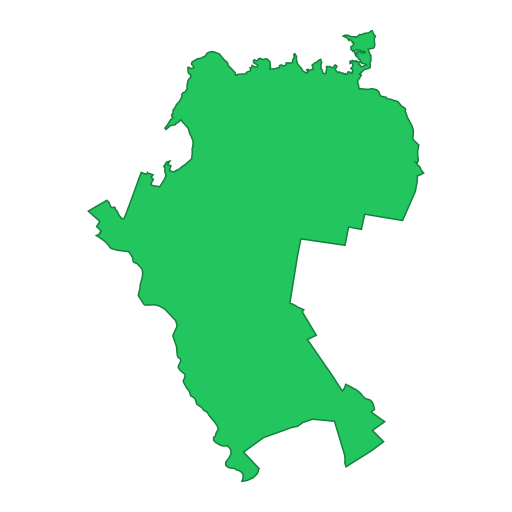 outline of Valea Calugareasca, Prahova, Romania
{"feature_id": "2599482B81311805596986", "entity_name": "Valea Calugareasca", "entity_type": "district", "adm_level": 2, "iso_a3": "ROU", "parent_name": "Romania", "parent_adm1": "Prahova", "projection": "equal_earth", "projection_center": [26.171, 44.946], "detail": "fine", "context": "isolated", "style": "filled", "palette": "green", "viewbox_px": 512, "rotation_deg": 0, "n_neighbors": 0, "source": "geoboundaries", "source_scale": "gbopen_adm2", "svg_char_len": 5876}
<svg xmlns="http://www.w3.org/2000/svg" viewBox="0 0 512 512"><path d="M241.9,481.3L247.4,480.4L251.2,478.6L251.7,478.0L252.5,478.3L256.7,474.4L258.3,471.5L258.3,469.3L259.2,468.7L243.6,452.1L263.6,437.6L291.9,427.4L297.5,426.4L302.9,422.5L312.6,419.2L334.5,421.3L344.7,455.2L345.0,458.8L344.9,463.2L346.0,466.8L371.9,450.5L383.6,441.7L372.4,430.4L384.7,421.7L371.2,412.1L374.5,409.4L373.6,405.5L372.5,402.5L370.1,400.0L365.6,398.6L363.0,396.6L361.3,394.1L358.9,391.8L356.3,389.8L345.8,384.3L344.5,388.0L342.9,390.4L342.5,390.9L341.5,389.9L332.1,375.3L307.4,339.6L316.3,335.2L302.3,311.9L303.8,309.7L297.8,307.2L295.5,305.6L292.0,303.8L290.7,303.7L289.9,303.0L297.7,254.7L300.9,238.9L345.0,245.3L348.6,227.0L361.4,229.4L364.7,214.2L402.6,220.5L415.4,191.3L417.2,181.5L417.3,175.7L418.7,175.6L423.7,173.1L421.3,170.3L419.5,166.4L417.5,164.9L417.0,163.7L415.4,162.1L417.5,162.4L418.2,161.0L418.2,158.3L417.6,155.7L417.7,150.8L418.8,145.0L413.9,140.4L412.6,138.0L413.2,135.5L413.4,130.5L412.2,126.3L407.2,117.0L406.2,113.5L405.2,111.7L405.6,109.6L405.1,108.3L401.5,106.1L398.6,102.4L397.0,101.1L394.7,100.7L390.2,99.1L387.6,99.0L386.9,98.5L386.3,97.3L380.8,96.1L380.0,94.9L378.8,91.8L376.7,89.8L372.1,88.6L368.1,89.4L359.0,88.6L358.8,86.4L357.5,81.4L361.3,75.2L361.0,74.5L359.5,74.1L364.2,69.6L369.2,68.2L370.1,67.6L370.3,66.5L370.0,63.1L370.9,60.6L370.9,55.3L370.2,54.9L368.1,49.2L373.8,48.0L374.2,47.3L374.8,45.1L374.2,38.7L375.5,36.2L373.7,34.3L372.2,30.7L371.0,31.0L368.6,32.9L364.4,33.4L361.8,34.6L359.4,34.6L357.0,36.9L350.7,36.6L348.6,35.5L346.5,35.1L346.0,35.4L344.9,35.2L343.1,36.1L347.0,37.8L348.9,40.4L349.1,39.8L350.2,39.7L352.9,42.3L352.0,43.2L352.9,42.8L353.8,43.2L353.8,44.2L353.1,45.2L352.1,46.2L351.0,46.5L350.8,48.0L351.1,49.7L352.5,50.5L352.9,51.3L354.2,51.4L354.3,50.6L357.0,49.9L360.2,50.4L362.7,51.3L364.8,51.6L365.3,52.1L365.2,52.5L362.7,53.0L359.8,51.9L358.6,52.1L357.7,51.7L354.6,52.8L355.4,54.1L356.8,54.3L355.5,54.9L355.7,55.8L357.6,57.1L359.0,59.3L360.5,60.3L360.8,62.4L361.9,63.4L364.5,63.7L366.5,64.9L361.6,66.9L360.8,66.5L360.0,64.8L358.6,64.1L359.7,62.0L356.8,61.9L356.6,60.7L356.0,60.7L355.3,61.7L353.8,60.8L353.4,60.7L353.3,61.1L352.4,60.4L349.9,61.5L350.4,62.2L350.0,63.4L351.9,62.8L352.9,64.8L352.5,66.6L350.8,68.6L352.2,69.3L352.8,70.8L352.8,71.4L352.2,71.7L352.2,73.0L351.9,73.6L348.9,71.7L347.7,72.2L347.4,74.0L346.1,74.1L345.2,73.6L344.6,74.3L342.6,72.9L341.2,73.1L339.3,71.9L337.7,72.5L335.3,69.6L335.4,68.9L337.0,66.4L335.4,64.9L334.3,65.6L333.3,67.5L332.8,67.8L331.5,67.5L330.3,66.6L326.5,66.5L326.7,69.6L326.3,70.2L325.8,73.2L325.2,73.7L323.8,73.5L322.8,72.9L322.4,70.5L320.9,68.1L321.1,64.5L321.7,62.5L320.6,59.3L318.1,60.7L316.4,62.5L315.3,62.6L312.1,65.1L313.3,69.4L311.0,69.6L309.5,70.3L308.6,71.3L308.2,69.3L306.7,69.8L307.8,71.9L306.4,73.1L302.9,71.0L301.1,68.0L298.1,64.6L297.3,63.2L296.4,59.2L296.5,56.3L294.8,53.7L293.7,54.5L294.4,56.7L292.8,59.7L292.7,61.4L292.3,62.4L289.4,63.3L288.7,62.8L286.2,62.9L285.9,63.3L286.0,64.8L285.5,65.2L283.6,66.0L281.4,64.9L279.5,65.5L279.4,67.4L275.1,68.7L270.0,69.2L270.3,67.6L270.6,67.4L270.1,66.4L270.3,65.0L269.9,61.6L266.9,58.9L265.8,58.8L263.0,59.6L261.3,59.0L260.6,58.3L258.5,58.8L258.2,60.0L256.1,60.8L254.6,59.8L253.5,60.4L253.5,62.4L254.2,63.2L257.6,64.9L257.8,65.8L256.9,66.7L255.3,67.1L252.1,65.4L251.5,67.6L250.1,67.8L250.7,68.7L250.2,69.9L250.2,70.9L246.7,72.2L246.2,72.8L245.9,73.9L239.6,74.1L237.0,74.6L235.8,75.4L235.3,74.6L235.2,72.7L228.4,65.6L227.9,64.6L227.5,62.6L223.7,59.3L219.5,54.0L213.8,51.8L211.1,51.6L207.5,52.9L204.7,56.5L203.3,56.8L201.6,58.1L197.8,58.7L192.4,61.7L191.8,62.5L191.5,64.2L193.1,65.8L193.9,67.6L191.2,68.7L188.7,67.2L187.8,67.7L188.2,72.4L189.0,73.7L190.8,74.9L190.4,76.2L190.9,76.9L190.7,77.8L189.2,78.6L187.9,80.7L188.0,81.8L187.2,83.9L187.0,87.5L187.5,88.6L186.3,89.9L185.2,92.1L183.3,92.5L181.7,94.4L182.0,95.7L181.5,97.6L179.3,101.5L176.6,104.4L174.8,108.0L173.1,110.0L173.0,113.5L172.0,114.1L171.6,115.3L171.9,116.5L173.1,117.7L170.5,119.8L166.9,125.7L164.9,128.1L166.0,129.5L170.5,125.6L175.5,124.7L176.0,123.4L178.6,122.2L180.6,119.7L188.3,128.4L189.6,133.2L191.2,136.3L193.1,141.5L193.0,144.7L192.1,149.5L192.3,152.2L191.8,157.9L191.0,159.5L184.7,164.9L182.8,166.0L179.0,169.2L175.6,170.7L174.1,172.0L169.4,170.7L170.9,165.7L167.6,164.7L169.9,161.1L166.4,162.2L163.8,166.6L165.0,167.8L164.8,170.0L165.0,172.5L165.8,174.0L165.9,176.0L164.0,180.0L159.8,186.7L153.1,185.7L150.7,184.5L152.5,180.8L153.3,180.0L152.5,179.4L152.9,178.8L151.1,177.3L153.1,174.8L147.9,173.1L147.5,172.5L146.4,174.3L141.2,172.4L129.4,204.8L124.0,218.8L121.4,218.4L120.2,216.5L119.5,216.1L116.9,210.7L115.6,209.6L115.0,207.5L114.1,207.1L112.1,207.7L110.9,206.9L109.6,204.5L109.3,202.8L106.8,200.3L88.3,211.1L99.8,221.4L96.6,226.5L101.2,230.9L101.2,231.3L99.8,232.3L100.5,233.4L96.3,235.6L98.3,236.6L105.4,241.8L108.8,245.5L109.7,247.3L111.0,248.3L116.9,250.2L127.3,251.5L129.2,252.2L132.6,257.6L133.0,260.6L133.6,262.2L137.2,263.7L141.9,268.9L142.6,271.5L142.5,276.1L140.2,284.9L140.0,288.1L138.3,295.0L138.9,296.6L144.1,304.5L145.5,305.1L155.0,304.8L159.9,306.2L165.0,309.3L175.7,320.7L177.0,325.2L176.8,326.9L173.2,334.6L172.9,336.1L176.4,346.2L177.2,354.7L177.6,356.3L178.5,357.7L180.2,358.9L180.8,360.2L180.5,361.7L178.4,365.9L178.3,367.8L180.5,370.7L184.8,374.2L185.1,374.8L184.8,377.2L183.2,381.0L183.6,382.4L186.5,387.7L189.3,391.2L190.7,395.9L193.5,397.3L194.9,398.6L196.9,404.3L201.7,407.5L203.7,410.2L207.1,412.2L209.5,416.0L214.5,421.9L216.9,425.4L217.9,427.4L218.1,429.3L215.9,433.5L215.4,436.3L214.5,436.5L213.5,437.6L213.7,440.3L215.4,442.3L220.5,445.3L223.5,446.0L227.3,445.8L229.0,447.4L230.2,449.0L231.0,451.1L230.9,453.9L229.2,457.5L225.7,462.2L225.7,465.0L226.6,466.2L228.2,467.3L230.9,468.1L234.5,468.4L236.0,469.6L239.4,470.7L241.8,472.5L242.9,474.3L243.2,476.4L242.7,479.3L241.9,481.3Z" fill="#22c55e" stroke="#15803d" stroke-width="1.5"/></svg>